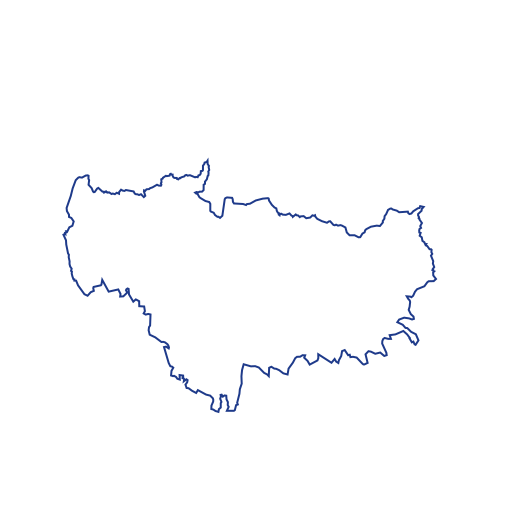 Ovejas, Sucre, Colombia, rotated 330°
{"feature_id": "7082276B76166761689689", "entity_name": "Ovejas", "entity_type": "district", "adm_level": 2, "iso_a3": "COL", "parent_name": "Colombia", "parent_adm1": "Sucre", "projection": "natural_earth1", "projection_center": [-75.171, 9.561], "detail": "fine", "context": "isolated", "style": "outline", "palette": "blue", "viewbox_px": 512, "rotation_deg": 330, "n_neighbors": 0, "source": "geoboundaries", "source_scale": "gbopen_adm2", "svg_char_len": 6139}
<svg xmlns="http://www.w3.org/2000/svg" viewBox="0 0 512 512"><g transform="rotate(330 256 256)"><path d="M425.7,297.3L423.1,294.9L421.6,296.2L420.0,295.6L414.5,295.9L411.8,296.9L409.9,296.4L409.3,295.0L409.7,293.5L401.9,289.7L400.6,287.1L397.6,284.0L397.0,282.6L396.0,282.1L393.4,282.1L389.7,284.8L387.3,285.8L385.8,287.9L383.3,289.1L382.6,290.4L378.3,292.0L375.8,290.1L370.2,288.1L365.0,287.9L363.4,288.3L361.9,289.8L359.4,289.8L355.7,291.8L354.2,291.1L351.8,287.4L347.4,284.8L346.4,281.0L347.7,276.0L345.6,272.6L344.6,271.5L342.2,270.7L341.0,268.9L339.6,268.8L338.6,267.8L337.6,263.0L336.5,262.5L334.1,262.7L330.5,258.8L327.6,254.4L327.1,251.5L327.5,250.2L326.4,250.2L325.2,249.0L322.2,249.8L318.4,248.4L317.2,245.3L314.4,244.0L313.4,244.2L312.7,241.9L311.5,241.0L311.2,239.9L307.5,240.5L307.7,239.8L306.9,238.7L306.3,235.9L302.4,235.3L299.8,233.5L299.1,232.1L297.4,231.8L296.8,232.5L296.4,231.5L297.4,230.6L296.6,229.5L296.6,227.3L297.4,224.9L296.3,223.3L295.3,219.6L295.0,214.5L295.7,212.6L295.3,211.9L290.5,209.7L283.6,207.8L276.9,207.7L274.1,206.5L272.9,206.9L270.8,204.5L263.2,199.5L263.1,197.6L264.2,195.2L264.4,193.7L260.2,190.8L258.4,190.6L257.3,191.2L247.0,204.3L243.9,205.0L243.1,203.2L242.2,202.8L241.0,200.0L241.0,197.4L239.1,194.9L239.0,194.0L242.5,188.0L242.5,185.9L239.7,183.1L237.0,178.2L236.4,176.9L236.4,172.8L235.5,172.2L235.0,170.7L236.6,170.9L237.6,172.0L239.3,172.1L241.5,173.3L243.6,172.7L246.3,168.1L247.9,168.0L249.0,166.1L251.8,165.0L254.2,162.5L255.0,162.4L256.5,160.3L256.9,159.0L258.5,158.1L259.5,155.2L260.3,154.5L260.1,152.2L261.7,149.2L260.3,149.9L258.2,149.4L257.3,150.4L255.2,151.3L253.0,155.1L252.2,155.5L250.7,154.9L249.2,157.1L247.6,157.8L246.5,157.4L244.9,158.6L243.6,157.5L242.6,157.4L239.2,153.0L236.9,152.2L236.4,151.1L235.2,150.7L233.7,151.2L230.5,150.5L229.4,150.8L228.9,150.3L227.0,150.8L226.3,149.9L226.0,150.6L226.4,148.8L224.3,147.5L223.8,146.5L224.0,144.2L224.4,143.8L223.3,143.0L223.3,142.2L222.6,142.1L221.3,143.2L218.6,142.2L218.1,141.5L214.5,141.7L213.9,142.3L212.3,142.2L211.0,144.9L210.0,145.4L209.7,147.0L208.8,147.6L206.9,146.3L205.9,144.8L200.6,144.8L198.1,144.3L196.9,144.6L194.5,143.5L192.6,144.2L191.9,143.2L191.2,144.1L190.2,148.5L188.3,148.9L187.3,145.0L185.2,144.7L184.1,143.2L183.0,142.6L182.2,141.3L182.3,138.9L176.3,133.8L174.7,133.9L173.3,132.8L172.3,131.1L169.4,132.2L168.5,133.6L167.0,131.6L164.7,131.9L163.2,130.3L161.9,130.1L160.6,127.4L159.4,127.1L159.3,126.5L158.4,126.1L158.4,125.0L156.2,125.1L156.4,124.3L155.2,123.5L153.5,118.2L152.1,118.2L148.4,119.9L147.5,119.7L147.1,118.7L147.6,115.0L146.6,110.6L149.4,106.9L149.5,105.3L151.1,102.8L150.6,102.0L148.8,101.2L144.5,101.1L142.4,99.4L141.1,99.3L137.8,100.2L131.0,105.8L125.6,111.4L116.0,119.7L114.7,122.6L114.7,126.7L113.6,128.7L115.1,130.7L115.4,134.9L112.1,138.0L108.7,137.8L105.0,140.3L104.0,139.7L103.8,140.8L102.5,140.5L101.9,141.7L101.6,140.9L101.1,141.4L99.9,141.3L99.3,147.4L97.4,151.2L94.5,159.8L94.6,161.3L93.2,163.4L91.9,167.4L90.5,169.7L89.8,172.2L90.0,174.8L88.4,176.4L88.8,177.4L87.6,179.1L86.8,181.9L86.3,184.8L87.0,185.4L86.4,186.5L87.9,187.4L87.2,192.4L88.3,203.3L90.3,206.2L94.8,204.7L98.1,205.1L99.0,202.4L99.9,201.6L107.0,203.8L107.8,203.5L110.9,199.8L110.6,213.2L120.0,216.1L119.7,221.1L118.1,223.2L120.9,224.6L126.2,223.3L126.3,220.6L127.2,220.0L128.5,219.9L129.2,220.8L126.8,225.8L126.9,234.2L130.2,233.5L132.2,236.7L129.8,241.1L133.9,243.8L132.2,248.2L130.0,249.6L131.2,251.6L133.7,252.3L135.4,253.9L129.5,263.3L127.8,264.1L125.9,266.6L124.6,271.0L128.1,276.1L131.1,283.2L132.8,284.0L134.0,285.3L135.2,288.1L135.3,289.7L134.9,291.7L134.2,292.4L132.8,289.5L130.8,288.9L126.9,305.0L126.7,308.6L128.0,309.9L128.5,311.4L125.4,313.2L122.7,317.0L124.1,318.6L125.1,318.8L126.3,320.8L126.5,323.0L128.2,324.9L130.3,320.9L133.1,323.1L132.3,324.7L131.7,324.5L131.3,325.1L132.1,325.8L132.3,326.7L130.9,328.4L134.1,328.0L134.7,329.3L133.2,331.0L130.6,332.1L129.9,335.6L131.5,336.8L133.2,340.7L135.7,344.7L138.6,343.1L143.5,351.1L146.5,354.0L147.5,357.7L147.1,359.2L146.1,360.7L142.6,363.3L140.8,366.2L142.3,367.7L143.4,370.0L145.5,372.2L147.3,370.1L149.7,369.6L151.9,365.8L153.1,365.1L153.6,361.7L155.3,360.2L155.9,358.6L156.9,358.9L157.0,361.2L159.0,361.0L160.4,362.1L158.8,365.4L158.6,368.5L157.0,370.9L156.9,373.0L153.4,375.5L159.4,379.0L160.6,378.9L164.2,375.2L166.0,375.5L166.3,373.7L172.7,367.1L175.4,363.3L179.8,359.4L183.3,352.8L186.9,347.8L191.2,343.6L196.4,349.0L200.2,351.0L202.7,354.0L204.6,361.3L206.4,364.1L207.0,366.4L211.5,359.4L213.9,359.6L215.5,362.6L217.1,363.8L219.0,366.5L221.0,371.3L224.1,374.4L227.9,369.8L234.6,366.8L238.9,364.1L241.1,363.8L243.9,365.3L246.7,365.2L248.9,366.6L246.9,368.2L248.2,372.6L248.2,376.9L257.0,377.2L258.9,375.6L260.8,372.2L268.0,386.2L272.6,384.5L272.6,387.5L273.8,389.8L275.6,387.8L279.8,385.2L283.0,381.4L285.8,381.8L286.2,388.0L287.8,388.4L287.2,390.8L289.6,391.8L292.4,394.3L294.3,402.3L294.8,403.6L295.6,404.1L299.2,404.4L301.7,395.9L305.8,394.7L307.7,396.3L310.4,400.3L315.3,401.7L317.1,406.7L319.6,407.2L320.5,405.0L321.5,394.9L322.9,392.8L324.6,391.5L326.4,391.3L329.1,393.9L331.4,395.2L332.2,391.4L337.5,393.6L346.1,394.6L347.7,399.5L348.2,403.9L347.8,404.0L347.8,408.7L349.5,408.8L349.2,411.8L349.8,412.7L354.5,410.3L355.3,403.7L352.4,399.2L351.0,394.1L349.5,393.0L348.7,388.9L345.3,384.0L348.2,382.6L353.5,383.5L357.4,386.6L359.4,389.0L361.3,389.4L362.1,387.2L361.0,383.8L361.3,379.0L363.7,376.7L366.5,372.9L366.9,371.4L366.4,369.2L366.4,366.3L369.3,368.3L370.0,369.4L372.2,369.0L375.9,366.4L378.9,365.3L386.7,366.4L391.2,364.4L392.9,364.2L397.3,366.6L400.4,365.9L399.8,361.5L401.2,358.8L402.3,358.5L401.2,357.7L401.8,357.8L402.6,357.1L402.5,356.4L402.0,356.2L402.5,355.7L404.8,354.7L405.4,351.0L406.9,349.1L407.7,343.2L409.7,342.3L409.8,340.4L411.2,338.4L411.0,337.7L409.7,336.9L409.3,333.0L408.3,331.6L408.5,331.0L409.4,330.7L408.4,329.8L408.7,328.3L407.7,326.1L408.9,322.7L407.9,320.3L410.1,318.3L409.2,317.3L410.2,315.3L411.2,314.3L413.0,314.2L413.2,312.2L416.2,310.4L415.8,306.0L416.2,305.4L415.8,304.5L416.6,303.9L416.7,301.8L417.4,300.7L422.0,299.6L423.0,298.2L425.7,297.3Z" fill="none" stroke="#1e3a8a" stroke-width="2"/></g></svg>